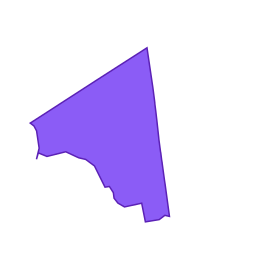 Dillon, South Carolina, United States of America (Equal Earth projection), rotated 34°
{"feature_id": "52423323B8509439867450", "entity_name": "Dillon", "entity_type": "district", "adm_level": 2, "iso_a3": "USA", "parent_name": "United States of America", "parent_adm1": "South Carolina", "projection": "equal_earth", "projection_center": [-79.33, 34.426], "detail": "fine", "context": "isolated", "style": "filled", "palette": "violet", "viewbox_px": 256, "rotation_deg": 34, "n_neighbors": 0, "source": "geoboundaries", "source_scale": "gbopen_adm2", "svg_char_len": 645}
<svg xmlns="http://www.w3.org/2000/svg" viewBox="0 0 256 256"><g transform="rotate(34 128 128)"><path d="M44.2,178.6L48.9,178.9L53.8,181.5L65.6,194.4L69.6,205.1L67.6,198.8L76.7,196.9L89.7,182.5L101.8,180.6L104.0,180.2L110.5,177.7L121.4,178.2L142.0,189.9L145.3,186.9L152.0,189.8L155.7,194.0L161.6,195.9L169.2,195.4L181.4,182.7L194.9,196.1L205.1,186.5L207.4,179.8L211.8,178.1L190.4,154.1L187.9,151.4L176.2,138.3L175.8,137.8L173.7,135.6L168.9,130.1L168.6,129.9L160.0,120.2L158.6,118.5L147.6,105.5L141.6,98.5L136.7,92.9L136.2,92.2L134.3,90.0L126.2,80.8L98.9,50.9L75.4,105.5L44.2,178.6Z" fill="#8b5cf6" stroke="#5b21b6" stroke-width="1.5"/></g></svg>